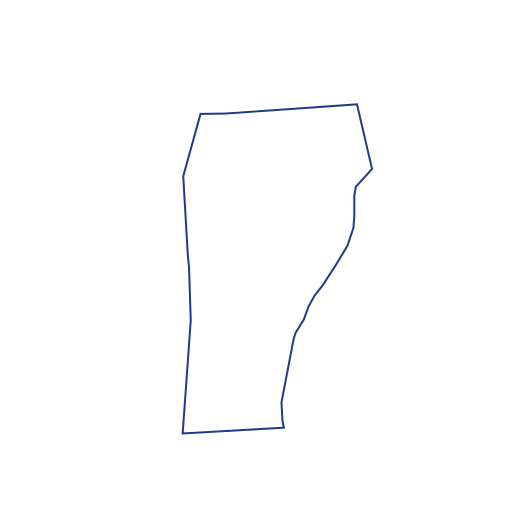 Haumaefa, Tuvalu, rotated 43°
{"feature_id": "33948139B30087839008054", "entity_name": "Haumaefa", "entity_type": "district", "adm_level": 2, "iso_a3": "TUV", "parent_name": "Tuvalu", "parent_adm1": "", "projection": "equal_earth", "projection_center": [176.117, -5.676], "detail": "fine", "context": "isolated", "style": "outline", "palette": "blue", "viewbox_px": 512, "rotation_deg": 43, "n_neighbors": 0, "source": "geoboundaries", "source_scale": "gbopen_adm2", "svg_char_len": 476}
<svg xmlns="http://www.w3.org/2000/svg" viewBox="0 0 512 512"><g transform="rotate(43 256 256)"><path d="M118.5,189.9L148.4,247.3L206.0,302.3L214.6,309.8L252.1,347.5L280.7,382.9L323.4,435.8L393.5,362.5L388.3,359.0L374.5,345.7L339.9,290.7L337.3,285.0L334.3,269.9L328.7,256.6L325.8,244.7L324.8,232.3L320.5,207.9L315.9,186.2L308.0,168.9L300.1,159.1L286.9,145.0L281.8,137.3L281.5,113.2L226.4,76.2L136.2,173.0L118.5,189.9Z" fill="none" stroke="#1e3a8a" stroke-width="2"/></g></svg>